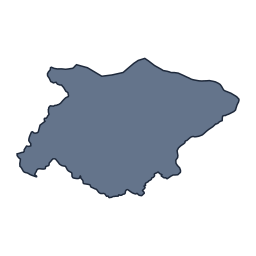 outline of Viengkham, Louangphrabang, Laos, rotated 89°
{"feature_id": "54806243B97421577673591", "entity_name": "Viengkham", "entity_type": "district", "adm_level": 2, "iso_a3": "LAO", "parent_name": "Laos", "parent_adm1": "Louangphrabang", "projection": "natural_earth1", "projection_center": [103.07, 20.384], "detail": "fine", "context": "isolated", "style": "filled", "palette": "slate", "viewbox_px": 256, "rotation_deg": 89, "n_neighbors": 0, "source": "geoboundaries", "source_scale": "gbopen_adm2", "svg_char_len": 5137}
<svg xmlns="http://www.w3.org/2000/svg" viewBox="0 0 256 256"><g transform="rotate(89 128 128)"><path d="M196.7,148.5L197.1,148.3L197.3,147.9L197.2,147.4L197.0,145.6L196.5,144.7L196.2,143.8L196.2,142.8L196.0,141.8L196.0,139.9L195.9,138.9L195.5,138.6L194.9,138.6L194.7,138.4L194.7,137.9L195.1,137.0L195.2,136.5L195.0,135.4L194.3,134.4L194.1,134.0L194.0,133.0L193.7,132.4L193.2,132.0L192.3,131.8L191.5,131.7L190.9,131.5L190.1,130.9L189.7,130.3L189.6,129.6L189.8,129.1L192.4,125.6L193.2,124.2L193.8,122.6L194.0,121.8L194.1,121.2L193.6,120.6L193.6,120.1L193.7,119.8L194.7,118.9L195.2,118.4L195.5,117.7L195.6,117.3L195.9,115.8L195.8,115.4L194.0,113.4L193.5,112.9L193.1,112.9L192.4,113.2L192.0,113.4L191.1,114.5L190.8,114.6L190.3,114.3L190.0,113.8L188.6,112.4L188.0,112.0L187.6,112.1L187.2,112.5L186.8,112.8L186.4,112.9L186.2,112.8L185.9,111.7L185.6,111.4L185.3,111.4L185.0,111.7L184.5,111.8L183.6,111.4L183.3,111.1L182.0,108.7L181.4,108.3L181.0,107.8L180.7,107.0L180.1,106.0L179.6,105.5L179.0,105.4L178.4,105.1L178.2,104.6L177.8,103.6L176.9,102.7L176.3,102.3L175.9,102.3L175.0,102.4L174.6,102.5L174.3,102.2L174.0,101.8L173.3,100.0L172.7,99.1L172.7,98.5L172.9,98.2L173.1,98.0L173.9,97.4L174.6,96.3L175.1,95.1L175.3,94.9L175.6,95.0L176.2,95.6L176.6,95.5L176.8,95.2L177.4,94.3L178.3,93.2L178.5,92.5L178.4,91.8L178.4,91.1L178.8,90.7L179.2,90.4L179.4,89.7L178.5,88.3L176.7,85.6L175.8,83.7L175.8,81.9L175.6,79.0L174.7,78.0L173.3,76.4L172.0,76.2L171.0,76.3L168.7,77.1L166.4,79.2L164.2,80.6L161.2,80.8L159.5,79.7L158.5,78.9L156.4,78.6L153.8,79.0L151.5,79.3L148.8,77.9L146.8,75.7L144.7,72.5L143.6,71.3L142.4,71.2L141.8,70.4L141.6,69.5L140.9,68.6L139.0,66.4L137.9,64.7L137.6,63.0L138.0,61.4L137.9,60.0L137.5,57.4L136.2,53.8L134.9,52.2L132.6,49.6L130.9,47.4L128.2,43.2L125.7,40.5L125.5,40.3L125.5,39.5L124.7,37.8L123.4,36.5L122.6,34.6L122.3,33.7L121.8,33.6L120.7,33.6L118.8,33.4L118.3,33.3L117.7,33.0L117.3,32.0L117.2,30.7L117.2,30.2L116.6,29.3L116.0,27.3L115.9,27.1L115.5,26.2L113.4,21.9L111.9,20.2L110.2,19.7L107.2,18.7L105.5,17.9L104.1,17.1L102.4,16.6L101.1,16.6L100.1,17.5L99.0,18.4L98.2,19.4L97.5,20.5L96.7,21.8L95.7,23.4L95.0,24.5L93.8,27.4L93.3,28.5L93.1,29.1L93.1,29.3L92.8,29.8L92.5,30.5L92.0,31.3L91.4,31.9L90.1,32.6L87.9,33.8L86.1,35.1L84.9,36.8L83.4,39.8L82.8,42.0L82.4,44.0L82.0,45.8L82.1,47.4L82.2,49.2L82.2,51.1L82.3,53.4L82.1,55.8L81.9,57.0L81.6,58.6L81.2,60.6L80.8,62.3L80.2,64.1L79.0,66.3L78.1,68.3L76.2,72.1L74.0,76.8L73.4,80.6L73.3,83.9L72.5,86.0L72.0,87.7L71.1,92.0L70.2,93.2L66.0,100.4L61.3,106.3L58.7,110.0L60.6,116.6L63.5,121.1L68.9,127.7L72.4,131.9L74.7,143.2L75.8,153.3L74.8,154.9L67.0,167.5L63.8,178.4L65.3,180.0L66.6,181.2L67.4,182.4L67.6,184.5L67.9,186.4L68.2,189.4L67.7,193.4L67.7,197.6L67.1,200.8L66.3,202.6L65.9,203.6L66.3,204.4L68.6,204.8L70.4,206.5L72.4,207.6L74.4,207.5L77.0,205.8L80.2,204.4L81.0,202.7L81.6,201.9L81.0,199.2L82.9,197.8L83.8,195.4L83.9,193.6L85.0,192.9L86.3,191.7L88.6,190.4L90.2,189.5L91.5,187.5L93.2,187.2L94.4,186.9L95.5,187.1L96.0,188.3L96.6,189.6L97.5,190.7L99.4,192.6L102.1,195.0L103.3,196.9L103.6,198.3L104.1,199.0L104.1,200.7L104.9,202.2L104.7,203.5L104.5,205.3L105.1,206.0L106.3,206.9L107.5,207.0L108.2,207.4L109.1,207.3L110.8,207.3L112.3,206.9L113.2,206.9L114.7,208.2L115.8,208.7L116.7,209.4L116.9,211.3L117.5,211.6L118.7,211.5L119.9,210.9L123.6,215.9L127.2,216.9L130.4,217.8L131.2,218.9L131.6,221.0L131.2,222.3L130.1,223.5L130.4,224.6L132.7,225.7L135.1,226.7L137.3,227.3L139.0,227.4L140.7,226.4L141.9,225.5L144.1,225.5L144.7,227.5L144.3,229.8L148.0,232.2L149.5,232.2L150.4,233.0L150.6,234.7L151.5,237.6L151.9,239.4L153.7,239.3L155.3,238.2L156.5,237.1L157.2,236.1L159.6,236.4L161.6,236.8L164.5,236.7L164.7,236.4L165.0,236.0L166.3,235.1L167.6,234.4L169.4,233.4L169.8,233.1L170.5,232.0L170.8,231.1L171.2,229.4L172.0,228.0L172.7,227.0L173.5,225.2L175.0,221.3L175.2,220.4L175.1,220.2L174.8,220.2L174.5,220.3L173.3,221.7L172.9,222.0L172.3,221.9L171.7,221.6L170.7,221.0L170.0,220.5L168.6,220.0L168.3,219.7L167.5,218.8L167.3,218.4L167.2,217.7L167.2,216.8L167.4,215.6L167.6,213.4L167.4,211.9L167.2,211.5L166.7,211.3L165.2,211.0L165.0,210.7L164.7,209.6L164.2,208.1L163.9,207.8L163.3,207.6L161.8,207.4L161.4,207.2L160.4,206.2L159.7,205.6L159.4,205.3L159.2,205.0L159.0,204.9L158.7,204.9L158.2,204.3L157.9,203.9L157.6,203.7L157.5,202.9L157.5,202.1L157.7,201.3L158.0,200.8L159.8,199.4L161.2,198.3L162.8,197.2L163.4,196.4L164.3,195.1L164.8,193.4L165.1,191.5L165.5,191.0L166.9,190.3L168.7,189.4L169.6,188.6L170.3,187.7L171.3,185.8L171.7,185.2L172.2,185.0L172.8,184.9L175.4,184.8L176.6,184.1L177.0,183.5L177.4,181.8L177.7,179.9L177.7,178.7L177.4,177.7L176.9,177.1L175.6,176.8L175.2,176.6L175.2,176.4L175.6,176.2L177.3,176.0L177.7,175.8L178.7,174.8L179.8,174.1L180.4,173.9L182.0,173.8L182.5,173.6L182.8,173.3L183.0,172.5L183.5,169.6L184.0,167.4L184.2,167.0L184.5,166.8L185.4,166.5L186.1,166.3L186.6,165.6L187.1,164.5L187.3,164.0L188.2,162.3L188.5,161.3L188.8,160.7L189.3,160.2L191.9,158.3L192.6,157.3L193.0,156.5L193.1,155.2L193.0,153.5L193.2,152.9L193.6,152.2L194.7,151.5L195.8,150.7L195.9,150.4L195.7,149.2L195.9,149.0L196.3,148.7L196.7,148.5Z" fill="#64748b" stroke="#1e293b" stroke-width="1.5"/></g></svg>